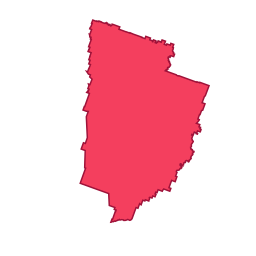 West Arthur, Western Australia, Australia (Albers equal-area conic projection), rotated 290°
{"feature_id": "25037944B89790845522775", "entity_name": "West Arthur", "entity_type": "district", "adm_level": 2, "iso_a3": "AUS", "parent_name": "Australia", "parent_adm1": "Western Australia", "projection": "albers", "projection_center": [116.778, -33.44], "detail": "fine", "context": "isolated", "style": "filled", "palette": "rose", "viewbox_px": 256, "rotation_deg": 290, "n_neighbors": 0, "source": "geoboundaries", "source_scale": "gbopen_adm2", "svg_char_len": 5654}
<svg xmlns="http://www.w3.org/2000/svg" viewBox="0 0 256 256"><g transform="rotate(290 128 128)"><path d="M137.7,193.9L138.3,193.1L138.3,192.7L139.2,192.2L140.0,191.5L143.1,191.5L143.1,190.2L143.9,190.2L143.9,191.7L146.8,191.7L146.8,193.9L146.0,193.9L146.0,195.3L146.5,195.3L146.5,194.3L149.0,194.3L149.0,197.1L149.9,197.1L150.3,197.3L150.9,197.1L151.7,197.1L151.7,196.0L151.9,195.8L153.4,195.9L153.4,194.3L155.8,194.3L155.8,190.7L157.9,191.6L159.0,191.8L159.2,192.1L160.3,192.1L160.3,190.6L162.2,190.6L165.1,190.6L165.2,191.1L169.6,191.1L170.2,192.1L177.1,192.1L177.1,189.0L183.6,189.0L184.7,189.6L195.5,189.7L195.5,179.9L195.0,179.9L195.0,177.0L194.5,177.0L194.5,157.9L194.1,157.4L194.1,156.0L194.5,155.2L194.5,143.5L194.8,143.7L194.8,143.9L194.9,144.0L194.8,144.3L195.0,144.3L195.3,144.5L195.5,144.8L195.8,144.7L196.1,144.1L196.3,144.3L196.3,144.5L196.6,144.9L196.7,145.0L197.1,145.4L197.2,145.1L198.0,144.9L198.1,144.6L198.4,144.6L198.5,144.8L198.6,145.0L198.8,145.1L199.0,145.7L199.2,145.9L200.1,146.0L200.3,146.3L201.1,146.3L201.7,146.4L201.9,146.5L202.0,146.4L202.0,146.1L202.5,145.9L202.7,145.3L203.1,145.3L203.6,144.9L203.7,144.6L204.1,144.5L204.3,144.2L204.5,144.2L204.8,144.1L204.8,143.9L204.5,143.7L204.8,143.5L204.8,143.3L205.5,143.0L205.5,142.9L205.8,143.0L206.0,142.9L206.2,142.7L206.8,142.4L206.9,142.0L207.2,142.0L207.4,141.9L207.6,142.0L207.9,141.6L208.3,141.6L208.3,141.9L208.8,142.1L208.6,142.3L208.9,142.7L208.9,143.1L209.1,143.0L209.3,142.7L209.5,142.7L209.4,142.9L209.5,143.1L209.5,143.4L210.0,143.4L210.6,143.5L210.7,146.5L213.3,146.5L213.3,145.2L214.1,145.2L214.6,145.1L215.0,144.3L215.0,143.9L215.9,143.5L216.2,143.4L216.5,143.2L217.0,143.5L219.0,143.2L219.0,142.4L222.2,142.4L222.2,139.3L220.3,139.3L220.3,135.8L219.0,135.8L219.0,133.5L222.4,133.5L222.4,129.9L219.9,129.9L219.9,129.0L220.2,129.0L220.2,126.5L218.6,126.5L218.6,125.6L217.5,125.6L217.5,124.3L219.5,124.3L219.5,121.8L217.5,121.8L217.5,121.5L218.0,121.3L218.3,121.0L218.3,118.3L220.2,118.3L220.2,113.4L217.8,113.4L217.8,109.9L218.1,109.9L218.0,101.1L218.2,97.3L217.8,97.3L217.8,93.6L217.7,93.5L217.7,88.1L217.7,85.7L220.2,85.7L220.2,77.9L220.1,77.5L219.4,77.7L218.9,77.6L218.5,77.1L218.3,77.1L218.1,77.0L218.0,76.7L218.3,76.4L218.4,76.0L218.9,75.8L219.1,75.7L219.0,75.3L218.5,75.2L218.3,75.0L218.0,74.5L218.2,74.2L218.6,74.1L218.9,74.2L218.9,73.6L218.8,73.4L218.8,73.1L219.0,72.9L219.5,72.7L219.4,72.4L219.0,72.2L219.5,71.6L219.0,71.4L218.7,71.1L218.9,70.7L218.6,70.3L218.3,70.1L218.3,66.6L218.6,66.6L218.6,64.1L217.9,64.1L217.9,62.1L217.4,62.1L217.4,58.0L213.9,57.9L213.9,58.6L211.8,58.5L210.8,58.6L209.4,58.1L208.1,58.1L208.1,60.1L202.9,60.1L202.9,59.6L201.3,60.7L200.5,60.9L200.6,62.1L199.9,62.1L199.9,62.3L198.7,62.3L198.7,63.2L190.8,63.2L190.8,64.6L188.6,64.6L188.6,64.3L186.2,64.3L186.2,67.6L182.4,67.6L182.4,67.8L178.7,67.8L178.7,69.2L174.8,69.2L174.8,71.0L170.5,71.0L170.5,70.8L167.0,70.8L167.0,69.8L165.1,72.4L165.1,74.5L162.9,74.5L161.6,77.5L155.8,77.4L155.8,75.8L154.8,76.5L154.8,76.8L151.2,76.8L151.2,78.1L148.8,78.1L149.1,77.6L147.3,77.0L147.3,79.9L133.2,80.0L133.2,79.6L129.5,79.6L129.5,83.2L130.0,85.0L124.3,85.0L105.0,93.1L98.9,93.2L98.9,91.2L92.2,91.2L92.2,95.5L75.8,100.9L75.8,101.9L59.7,102.0L59.8,132.3L48.8,136.9L48.8,142.9L46.8,142.9L46.8,144.9L45.3,144.9L45.4,144.6L36.9,144.7L36.9,144.1L33.6,144.1L33.8,144.5L34.4,144.9L34.5,145.2L34.8,145.7L34.8,146.0L35.0,146.4L35.8,147.0L36.0,147.4L36.0,148.0L36.4,148.5L36.9,148.8L37.7,149.9L37.9,150.1L38.2,150.1L38.3,150.6L38.5,150.9L39.1,151.2L39.0,151.5L38.8,151.8L38.8,152.0L39.8,153.5L39.9,154.4L40.1,155.0L39.8,155.4L39.7,155.6L40.0,156.3L40.1,156.8L40.4,157.1L40.6,157.6L41.0,158.0L41.3,158.5L41.8,158.8L42.0,159.1L41.9,160.5L41.8,161.0L42.0,161.5L42.4,161.9L43.0,162.4L43.5,162.5L44.0,162.8L56.0,162.8L56.0,164.8L60.9,164.8L60.3,166.6L65.2,166.6L65.2,168.8L66.5,168.8L66.5,172.5L67.4,172.4L68.7,172.5L69.5,172.0L70.5,171.7L70.4,171.8L70.4,174.5L72.6,174.5L72.6,176.9L75.3,177.0L75.3,176.0L77.2,176.0L77.2,177.4L80.3,177.4L80.3,181.8L80.9,181.8L81.4,182.0L82.0,182.1L82.9,182.4L82.9,188.9L85.9,188.9L85.9,186.9L93.7,186.9L93.7,190.7L99.0,190.6L99.0,189.2L103.0,189.2L103.0,188.9L103.2,188.5L104.1,188.2L104.7,188.3L105.0,188.5L105.1,188.9L105.6,189.6L105.7,189.9L105.7,190.1L105.9,190.3L106.8,190.8L107.2,190.7L107.5,190.7L108.2,191.2L108.9,191.5L109.2,191.9L109.1,192.0L109.3,192.0L109.5,192.0L109.6,191.8L110.0,191.1L110.5,190.5L110.5,190.4L110.9,189.6L111.4,189.4L111.9,189.5L112.0,189.4L112.5,189.7L112.5,190.0L112.0,190.7L111.5,191.3L111.4,191.3L111.4,191.8L111.2,192.0L111.2,191.9L111.1,192.1L111.3,192.3L112.2,192.5L112.4,192.7L112.6,192.5L112.8,192.6L113.7,192.5L114.6,192.5L114.8,192.7L114.9,193.3L115.2,193.7L115.5,193.6L115.8,193.6L116.1,193.5L116.3,193.4L116.4,193.6L116.7,193.6L117.2,193.7L117.5,194.2L117.4,194.7L117.5,195.0L117.4,195.4L117.0,196.1L116.8,196.3L116.9,196.6L117.1,196.7L117.4,196.6L117.7,196.8L118.0,196.8L118.1,196.5L118.3,196.6L118.7,196.5L118.9,196.6L119.0,196.9L119.5,197.2L120.3,197.4L120.5,197.5L120.3,197.5L120.8,197.8L121.2,197.7L121.4,197.3L121.4,197.1L121.8,197.0L121.7,197.0L122.4,197.2L122.8,197.0L123.0,197.0L124.7,197.8L125.3,197.9L125.4,197.5L125.7,197.3L126.1,197.5L126.5,197.2L127.0,197.7L127.3,197.8L127.8,197.7L127.9,198.1L128.6,198.0L128.7,197.7L128.4,197.0L128.5,196.7L128.7,196.3L129.6,195.9L129.7,195.4L129.8,195.2L129.6,195.1L129.5,194.9L129.6,194.5L129.9,194.2L130.1,194.1L130.0,194.3L130.3,194.1L130.2,194.2L130.7,193.6L131.5,193.6L132.4,193.9L133.2,193.6L133.5,193.3L134.2,193.2L134.7,193.2L135.1,193.4L135.3,193.3L135.6,193.5L135.8,193.6L136.6,193.7L137.4,194.0L137.7,193.9Z" fill="#f43f5e" stroke="#9f1239" stroke-width="1.5"/></g></svg>